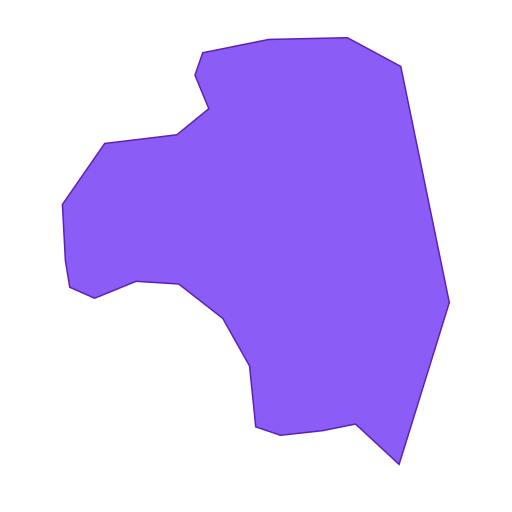 map outline of Żebbuġ (Mercator projection), rotated 87°
{"feature_id": "MLT-5977", "entity_name": "Żebbuġ", "entity_type": "state/province", "adm_level": 1, "iso_a3": "MLT", "parent_name": "Malta", "parent_adm1": "", "projection": "mercator", "projection_center": [14.249, 36.061], "detail": "fine", "context": "isolated", "style": "filled", "palette": "violet", "viewbox_px": 512, "rotation_deg": 87, "n_neighbors": 0, "source": "natural_earth", "source_scale": "10m", "svg_char_len": 439}
<svg xmlns="http://www.w3.org/2000/svg" viewBox="0 0 512 512"><g transform="rotate(87 256 256)"><path d="M74.3,101.5L312.6,65.4L471.6,124.0L429.0,165.4L433.9,198.7L436.3,241.0L426.6,265.2L365.5,268.2L316.6,292.4L279.9,334.7L275.0,377.1L289.7,419.4L277.5,443.6L250.6,446.6L194.4,446.6L135.7,401.2L130.8,328.7L106.4,295.4L72.2,307.5L50.2,298.5L40.4,231.9L42.8,153.3L74.3,101.5Z" fill="#8b5cf6" stroke="#5b21b6" stroke-width="1.5"/></g></svg>